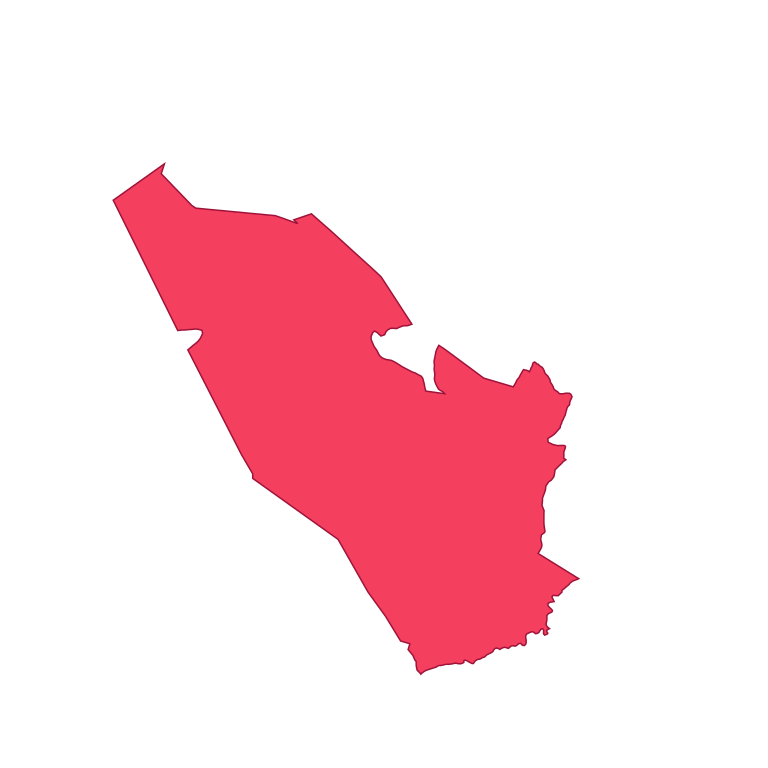 Santa Lucía Monteverde, Oaxaca, Mexico, rotated 62°
{"feature_id": "50627088B70845005155538", "entity_name": "Santa Lucía Monteverde", "entity_type": "district", "adm_level": 2, "iso_a3": "MEX", "parent_name": "Mexico", "parent_adm1": "Oaxaca", "projection": "orthographic", "projection_center": [-97.707, 16.955], "detail": "fine", "context": "isolated", "style": "filled", "palette": "rose", "viewbox_px": 768, "rotation_deg": 62, "n_neighbors": 0, "source": "geoboundaries", "source_scale": "gbopen_adm2", "svg_char_len": 5195}
<svg xmlns="http://www.w3.org/2000/svg" viewBox="0 0 768 768"><g transform="rotate(62 384 384)"><path d="M677.7,352.7L675.5,353.7L673.7,354.0L672.2,353.7L670.8,352.6L669.9,351.8L668.3,350.7L666.9,349.9L664.9,349.0L663.9,346.5L664.2,342.9L663.2,341.6L661.8,341.8L658.3,343.0L656.3,343.2L654.7,342.1L654.7,339.7L655.3,338.1L656.0,335.9L651.7,335.8L650.6,335.5L650.3,334.8L650.1,333.9L650.8,332.8L651.6,331.4L652.7,329.7L651.9,326.8L651.3,324.6L649.9,323.9L649.5,322.6L649.2,320.5L648.8,319.3L648.6,317.9L648.3,316.9L648.0,315.0L647.1,313.1L646.8,311.7L646.6,309.7L647.0,306.7L647.2,305.4L647.3,303.5L606.0,327.5L604.0,324.2L602.2,321.6L600.2,320.1L598.1,319.4L596.6,319.1L594.7,318.6L592.8,317.1L591.1,315.8L590.9,314.6L590.7,313.0L590.5,312.0L589.8,311.1L583.6,308.9L580.5,307.4L576.4,305.2L573.6,303.7L570.9,302.1L568.5,301.9L565.2,301.4L562.3,299.4L558.9,297.4L555.7,293.7L553.0,290.9L550.1,289.0L547.7,284.5L547.4,281.3L545.6,277.6L542.5,275.0L540.1,273.3L538.8,269.1L537.5,264.4L536.6,262.0L536.3,259.0L533.7,260.1L531.2,258.5L528.6,257.3L525.7,254.1L524.4,253.1L524.0,253.1L523.6,253.3L522.6,254.1L519.7,259.9L516.8,263.2L512.5,266.4L509.0,264.9L508.8,261.2L508.3,257.3L507.5,254.8L507.2,254.1L506.0,251.0L505.8,250.0L505.1,248.8L503.9,248.0L502.9,246.9L502.2,245.7L501.1,244.9L500.2,243.6L499.2,242.2L498.3,241.1L497.4,239.9L496.6,238.7L495.4,237.6L494.4,236.7L493.2,235.8L492.4,234.7L491.3,234.0L490.6,232.8L489.9,231.6L489.6,230.1L488.5,229.3L487.2,228.4L486.2,227.4L485.4,226.2L484.4,225.0L483.6,224.0L482.1,223.8L480.7,223.9L479.3,224.6L478.5,226.0L477.8,227.1L477.2,228.6L476.8,230.1L476.1,231.6L475.4,233.1L474.2,233.9L472.7,234.2L471.5,234.8L470.2,235.6L468.8,236.2L467.2,236.2L465.7,235.9L464.2,235.9L462.7,236.0L461.2,236.1L459.7,236.1L458.4,235.5L456.8,235.5L455.4,235.6L453.8,235.6L452.6,236.1L451.0,236.5L449.7,236.8L448.3,236.5L446.8,236.3L445.1,236.3L443.5,236.5L442.0,237.5L440.6,238.2L439.0,238.5L437.9,239.7L436.5,240.0L435.3,240.7L435.2,242.1L436.0,243.2L437.1,244.2L438.1,245.2L438.8,246.6L439.8,247.6L440.8,248.8L441.5,249.9L440.1,250.5L439.0,251.5L436.8,254.1L437.6,255.5L439.6,258.7L441.5,261.5L443.0,264.9L445.0,267.5L447.2,271.2L425.6,293.2L410.6,300.3L382.5,313.7L375.6,317.4L377.6,320.4L379.8,323.0L384.1,326.4L387.3,329.1L391.5,330.9L394.6,332.9L397.5,333.9L399.9,334.9L403.2,337.2L405.9,337.9L408.8,338.3L411.4,338.3L414.0,338.3L416.2,337.3L418.2,335.8L421.0,335.0L409.9,350.4L407.0,349.8L403.0,348.5L397.2,347.1L394.7,347.4L391.5,349.6L389.0,351.2L386.6,353.4L383.9,355.3L379.8,358.1L377.5,359.7L372.6,362.4L369.5,364.3L368.1,365.3L366.5,366.5L363.2,370.8L360.0,373.4L356.9,374.6L353.8,374.6L351.1,374.5L346.3,375.1L340.6,374.7L338.1,374.3L336.0,373.0L333.4,369.9L332.8,367.5L335.5,365.8L340.2,364.2L340.8,360.3L339.0,358.0L338.0,355.6L337.9,352.3L338.9,350.1L341.0,346.8L341.1,344.1L341.6,339.9L343.6,335.7L344.3,331.3L290.6,336.0L287.9,336.3L278.2,339.6L251.8,349.1L225.7,358.4L199.7,368.2L196.7,386.6L202.0,384.8L201.8,384.9L200.1,386.5L199.6,387.0L199.0,387.6L198.5,388.0L197.9,388.5L197.2,389.2L196.6,389.7L195.7,390.5L195.0,391.1L194.3,391.8L193.4,392.7L192.8,393.1L192.3,393.6L191.5,394.3L190.6,395.1L187.9,397.6L185.9,399.5L184.5,400.8L184.0,401.4L180.2,407.2L178.5,409.8L177.2,411.7L175.1,414.9L173.9,416.8L172.2,419.3L171.0,421.2L168.4,425.1L166.4,428.1L164.9,430.4L164.4,431.1L163.5,432.5L162.5,434.1L161.7,435.2L160.7,436.8L160.0,437.8L159.4,438.7L158.5,440.2L157.5,441.6L156.3,443.4L155.4,444.8L154.5,446.1L153.6,447.6L152.4,449.4L150.9,451.7L149.6,453.6L148.5,455.3L147.9,456.3L147.6,456.7L147.0,457.6L146.2,458.8L145.0,460.6L140.3,467.7L136.1,469.9L93.8,482.0L86.5,474.5L94.6,536.8L105.7,537.1L240.0,541.0L241.5,537.0L242.9,534.3L244.1,531.3L245.3,528.7L247.0,524.5L248.8,522.0L251.2,519.5L254.4,520.6L257.5,524.8L258.8,527.6L259.6,530.6L260.4,535.0L261.8,541.2L379.5,543.0L401.6,542.1L405.8,544.2L499.6,497.5L560.2,495.8L589.9,491.7L618.7,490.0L625.5,483.1L629.8,487.4L637.2,485.9L642.2,486.3L644.1,485.9L648.1,487.9L652.1,489.1L656.5,487.8L657.5,487.7L657.2,486.8L657.0,485.9L656.7,483.8L656.6,482.1L656.7,480.5L657.1,478.3L657.9,473.8L658.2,471.9L658.5,471.1L658.4,470.3L658.2,469.2L658.3,468.4L658.4,467.5L658.9,466.6L659.3,465.8L659.5,464.9L659.8,463.9L660.1,463.0L660.3,461.8L660.9,460.2L661.8,458.6L662.9,455.8L663.2,455.1L663.5,453.4L663.8,452.8L664.2,451.7L665.7,449.9L666.2,449.2L667.1,447.5L667.3,445.8L667.4,445.0L667.3,444.2L665.9,443.5L665.7,443.0L665.9,442.2L666.0,441.9L667.0,440.9L668.5,440.0L671.2,438.2L672.2,437.4L672.8,436.3L671.4,433.8L671.1,430.5L671.9,428.7L672.0,426.5L671.7,425.5L672.3,423.5L671.9,422.1L671.4,420.1L671.5,417.0L671.6,414.8L671.3,413.4L670.3,412.0L669.6,410.0L670.3,408.1L671.4,407.1L672.7,406.4L672.6,403.2L673.1,401.0L675.8,398.3L675.1,394.7L675.6,393.0L676.9,391.6L677.2,389.8L676.5,387.2L677.0,385.3L678.1,384.8L679.6,384.5L680.8,383.0L680.4,381.2L679.2,380.0L677.1,378.8L675.2,378.2L673.7,377.6L672.7,376.8L671.7,375.6L671.8,372.6L672.0,370.6L672.7,368.8L675.6,367.4L676.2,365.8L676.1,363.9L674.8,361.8L674.1,360.3L674.7,358.8L676.5,358.7L678.3,359.8L679.4,360.4L681.1,360.1L681.5,357.5L680.9,356.3L679.1,356.5L677.7,355.8L677.7,352.7Z" fill="#f43f5e" stroke="#9f1239" stroke-width="1.5"/></g></svg>